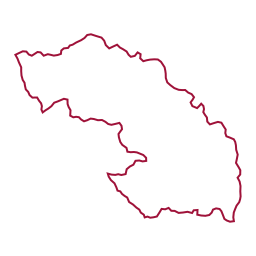 the district of Inhaúma, Minas Gerais, Brazil
{"feature_id": "56859067B77049971161893", "entity_name": "Inhaúma", "entity_type": "district", "adm_level": 2, "iso_a3": "BRA", "parent_name": "Brazil", "parent_adm1": "Minas Gerais", "projection": "mercator", "projection_center": [-44.417, -19.5], "detail": "fine", "context": "isolated", "style": "outline", "palette": "rose", "viewbox_px": 256, "rotation_deg": 0, "n_neighbors": 0, "source": "geoboundaries", "source_scale": "gbopen_adm2", "svg_char_len": 2660}
<svg xmlns="http://www.w3.org/2000/svg" viewBox="0 0 256 256"><path d="M107.8,173.6L108.7,176.6L110.9,180.1L114.5,183.3L116.4,187.4L117.5,190.6L120.3,191.4L122.0,193.9L124.7,196.0L127.2,197.5L129.1,202.0L133.0,204.5L136.4,207.6L139.3,209.6L140.8,212.6L143.8,214.7L144.7,217.4L147.5,216.6L150.2,217.7L153.4,217.3L156.9,216.5L159.7,212.1L161.6,208.9L165.2,209.3L168.6,207.9L171.3,210.8L174.7,210.9L178.6,212.9L183.1,212.5L187.5,211.8L192.1,213.0L193.7,210.3L197.5,210.0L197.3,214.7L201.2,215.5L205.4,215.8L209.3,215.0L211.7,212.6L213.0,209.6L216.1,208.4L219.6,209.0L221.4,211.2L223.0,215.2L224.4,218.9L226.8,220.5L230.0,221.7L233.9,221.2L233.3,217.3L233.8,212.5L235.2,208.9L236.6,205.6L239.2,202.2L240.1,199.3L240.6,196.4L240.3,191.4L240.5,186.0L239.6,181.5L237.6,177.7L240.2,174.5L240.3,170.2L238.7,167.3L236.0,162.9L236.8,159.2L237.7,154.6L236.2,149.8L235.9,145.2L235.2,141.9L233.8,139.3L229.9,137.6L226.4,136.3L225.3,133.1L225.7,129.5L223.8,126.6L221.4,122.7L217.9,121.9L214.5,122.9L209.9,124.4L207.3,121.6L206.9,117.5L204.8,114.6L203.3,112.1L204.0,109.1L203.4,106.0L201.2,103.7L199.1,106.1L197.1,108.1L192.4,106.1L190.6,102.4L192.6,99.7L194.0,97.2L191.6,94.1L188.2,92.6L185.2,90.0L182.5,90.1L178.7,89.8L174.3,88.1L170.3,85.1L167.3,82.4L165.8,78.0L165.7,73.6L165.3,70.7L164.6,67.3L162.8,64.5L161.0,61.8L157.9,59.5L154.4,59.3L150.1,59.6L146.5,60.3L143.3,61.2L140.2,58.3L140.6,54.2L137.6,52.4L134.8,55.9L130.8,56.8L128.6,54.8L126.6,51.5L123.0,49.2L119.9,47.5L117.1,44.7L113.6,46.3L109.2,48.4L105.8,45.1L104.2,40.7L101.5,37.6L96.2,36.0L91.0,34.3L87.2,35.0L84.5,38.0L81.1,40.2L76.2,42.5L72.6,44.7L69.8,45.5L68.1,47.9L63.8,48.4L61.3,50.5L60.9,53.9L57.7,55.0L53.8,55.6L50.6,54.8L47.8,54.2L43.7,55.7L40.6,52.4L37.5,52.0L34.6,53.9L31.8,55.7L28.8,54.5L26.4,51.6L22.8,51.3L18.9,53.1L15.4,54.8L17.5,58.6L18.9,62.3L21.2,67.3L21.2,71.3L21.5,75.5L22.7,79.9L24.5,82.7L25.0,85.9L25.8,89.4L28.2,91.9L29.6,95.1L32.4,97.6L37.1,97.5L39.1,100.8L41.1,103.3L41.9,106.2L41.4,109.5L42.7,112.4L45.5,110.3L48.4,108.5L51.4,106.2L54.2,102.7L57.8,101.4L61.3,99.9L63.9,98.8L67.5,99.6L67.6,104.0L68.6,106.9L70.5,110.2L70.2,115.6L73.3,117.3L76.1,116.8L78.9,117.2L81.0,119.4L84.0,121.3L87.3,120.2L90.6,118.6L93.8,119.0L97.9,120.2L102.0,120.0L105.4,121.8L108.2,124.0L111.4,124.8L115.4,123.9L119.4,122.9L121.5,125.8L122.0,129.2L120.2,131.6L118.5,134.0L118.9,137.3L120.3,142.0L122.3,144.9L126.5,147.9L127.4,151.7L130.7,152.2L133.9,152.0L136.9,152.4L139.6,153.5L143.3,155.0L146.1,157.8L146.2,160.9L142.6,161.4L139.3,160.5L135.5,160.8L133.4,164.7L129.9,166.5L126.7,169.2L125.6,174.1L121.3,175.0L118.2,174.2L115.4,174.9L111.5,174.6L107.8,173.6Z" fill="none" stroke="#9f1239" stroke-width="2"/></svg>